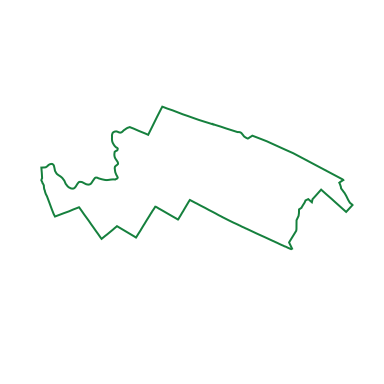 the district of Giuvarasti, Olt, Romania, rotated 41°
{"feature_id": "2599482B24226861193940", "entity_name": "Giuvarasti", "entity_type": "district", "adm_level": 2, "iso_a3": "ROU", "parent_name": "Romania", "parent_adm1": "Olt", "projection": "albers", "projection_center": [24.689, 43.784], "detail": "fine", "context": "isolated", "style": "outline", "palette": "green", "viewbox_px": 384, "rotation_deg": 41, "n_neighbors": 0, "source": "geoboundaries", "source_scale": "gbopen_adm2", "svg_char_len": 4844}
<svg xmlns="http://www.w3.org/2000/svg" viewBox="0 0 384 384"><g transform="rotate(41 192 192)"><path d="M304.3,170.1L304.7,169.1L298.4,166.4L298.3,166.2L296.1,152.9L295.2,151.5L289.4,144.7L289.3,144.3L288.1,140.1L286.6,137.8L284.2,134.9L285.0,132.1L284.8,131.5L284.5,129.8L284.3,128.8L284.3,128.6L283.9,126.0L283.2,123.9L284.4,121.1L289.2,121.1L289.1,120.9L287.7,118.4L287.8,113.9L287.9,105.5L294.7,105.6L302.3,105.6L305.9,105.7L313.0,105.8L321.4,105.9L321.6,99.8L321.7,96.5L321.0,96.4L320.0,96.5L319.3,96.5L319.0,96.5L318.1,96.5L317.5,96.3L316.3,95.9L314.8,95.4L313.2,94.7L311.3,93.9L310.8,93.7L307.9,92.7L306.5,92.4L306.4,92.4L305.8,92.3L305.2,92.1L302.2,91.5L301.4,90.8L301.1,90.6L300.8,90.3L300.2,90.0L299.7,89.7L298.7,89.1L297.5,88.5L297.1,88.4L297.3,87.1L297.4,86.9L298.2,84.1L298.4,83.7L298.2,83.6L297.5,83.7L297.3,83.7L243.0,96.3L234.2,99.0L217.7,103.9L215.3,104.6L209.4,106.7L200.6,109.9L200.0,112.0L199.7,112.9L199.4,114.2L199.3,114.6L199.1,114.9L198.8,115.2L198.3,115.3L197.2,115.6L195.9,115.8L195.0,115.9L194.2,115.8L193.5,115.6L190.6,115.1L189.7,115.2L189.1,115.4L188.2,115.9L187.4,116.6L186.9,117.0L186.6,117.1L181.5,119.3L176.2,121.6L170.8,123.8L165.4,126.2L163.3,127.0L163.5,127.2L160.4,128.5L155.2,130.8L149.9,133.1L144.6,135.2L139.2,137.3L134.1,139.4L128.8,141.3L123.8,143.1L118.5,145.3L115.4,146.4L113.6,147.1L113.9,148.3L114.2,149.7L114.7,151.7L116.3,158.1L117.8,163.8L119.3,169.5L121.4,177.6L118.7,178.4L111.7,180.8L106.2,182.5L103.2,183.6L102.5,183.8L101.2,186.0L100.7,187.6L100.3,189.3L100.1,189.9L100.0,190.5L99.9,192.2L99.6,193.3L98.9,194.3L97.8,194.9L96.2,195.4L95.3,195.8L94.3,196.7L93.7,197.8L93.4,198.6L93.4,199.7L93.7,200.4L94.3,201.6L95.6,203.0L96.7,204.4L97.6,205.3L98.4,206.0L99.7,206.8L101.9,207.6L103.6,208.0L105.3,208.1L106.7,207.8L107.4,207.9L107.9,208.6L108.2,209.3L108.2,209.8L107.7,210.9L107.4,211.8L107.3,212.4L108.1,213.7L109.1,215.0L110.5,216.2L112.1,217.0L115.1,217.8L116.4,218.2L117.4,218.9L117.8,219.6L117.6,221.0L117.3,222.3L117.3,223.5L118.0,224.7L119.7,226.2L121.1,227.4L123.6,228.7L125.4,229.3L126.5,229.9L126.7,230.7L126.5,231.4L126.0,232.4L125.9,232.9L124.2,234.2L122.3,236.2L121.3,237.4L120.1,238.7L119.0,239.6L117.7,240.4L115.5,241.6L112.7,242.9L110.8,243.5L109.9,244.3L109.6,244.9L109.6,246.0L109.9,248.9L110.2,250.9L110.2,252.4L109.8,253.3L109.2,254.2L107.9,255.1L106.9,255.6L104.9,256.1L102.7,256.6L101.8,257.1L100.7,257.9L100.2,258.6L100.1,259.4L100.2,261.2L100.7,264.2L100.7,265.9L100.4,266.9L99.9,267.6L98.8,268.4L98.0,268.8L97.0,269.0L96.0,269.3L94.4,269.3L91.3,268.7L88.2,267.2L84.9,266.5L82.9,266.5L81.4,266.7L80.0,266.9L78.1,267.0L76.9,266.7L74.7,265.9L72.8,264.4L70.6,262.8L69.5,262.4L68.2,262.5L67.5,263.0L66.7,264.0L66.0,265.7L65.9,267.5L65.4,269.3L64.5,270.3L62.3,272.4L66.2,276.2L69.8,279.9L70.1,281.0L70.6,282.0L72.7,282.9L73.4,283.4L74.1,283.5L75.8,284.2L76.1,284.5L77.1,285.5L78.1,286.4L78.8,286.9L80.0,287.5L80.7,288.1L82.9,289.4L85.4,290.4L91.3,293.6L97.3,296.9L102.1,299.4L103.4,299.9L104.7,300.4L109.2,292.0L111.8,287.4L113.9,283.0L116.2,278.7L116.7,277.7L116.8,277.6L121.4,278.7L125.3,279.7L129.3,280.6L133.2,281.5L137.0,282.5L140.8,283.4L144.8,284.4L148.7,285.3L152.6,286.3L154.5,286.7L154.9,284.4L155.3,282.0L155.8,279.6L156.2,277.2L156.6,274.8L157.0,272.4L157.3,270.1L157.7,267.8L157.8,267.0L178.2,263.3L178.6,263.3L179.3,263.1L179.6,263.1L179.5,262.1L178.9,258.5L178.4,255.0L178.3,254.4L178.2,253.9L178.1,253.7L178.0,252.8L177.6,250.6L177.3,248.8L177.2,248.3L177.2,248.2L177.1,247.4L176.9,246.3L176.5,244.0L176.1,241.5L176.0,240.8L176.0,240.6L175.9,240.3L175.5,237.5L175.4,237.4L175.4,237.2L175.0,234.7L175.0,234.4L174.9,234.3L174.9,234.2L174.8,233.2L174.6,232.4L174.6,232.1L174.3,229.5L173.9,227.2L174.3,226.9L174.9,226.8L175.2,226.7L175.6,226.6L178.2,226.2L178.4,226.1L182.4,225.3L193.2,223.2L197.7,222.3L199.5,222.0L199.6,221.9L199.5,221.4L199.1,219.3L198.8,217.4L198.2,214.3L198.0,213.0L197.9,212.2L197.6,210.9L196.8,206.5L195.9,201.5L195.6,199.5L195.6,199.4L196.9,199.1L199.4,198.5L201.6,198.0L203.4,197.5L203.5,197.5L206.2,196.9L207.5,196.6L210.3,195.9L210.5,195.9L211.4,195.6L214.6,194.9L216.5,194.5L221.3,193.3L224.8,192.5L225.9,192.3L227.7,191.9L230.4,191.2L230.7,191.2L231.2,191.0L231.4,191.0L231.5,191.0L232.2,190.8L236.6,189.7L238.2,189.3L241.2,188.5L242.7,188.1L243.1,188.0L243.5,187.9L244.4,187.6L246.4,187.0L246.5,187.0L246.7,186.9L248.3,186.5L248.4,186.4L249.4,186.2L250.6,185.8L250.8,185.8L252.8,185.3L253.1,185.2L254.3,184.8L256.2,184.3L256.3,184.3L257.3,183.9L258.2,183.7L258.7,183.5L258.9,183.5L259.5,183.3L262.0,182.6L265.2,181.7L267.7,181.0L273.4,179.3L276.0,178.5L285.0,175.9L286.9,175.3L288.2,175.0L288.3,174.9L291.1,174.1L292.0,173.9L294.7,173.1L295.3,172.9L295.9,172.7L296.2,172.6L296.7,172.5L297.5,172.3L297.7,172.2L297.9,172.1L298.0,172.0L298.9,171.7L300.9,171.2L304.3,170.1Z" fill="none" stroke="#15803d" stroke-width="2"/></g></svg>